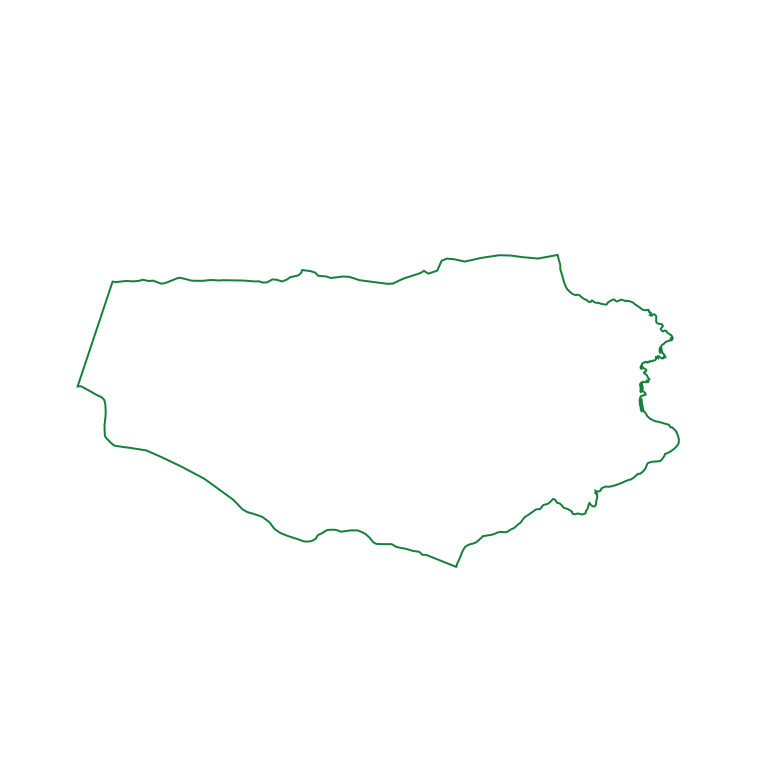 outline of Theodorine, Anse-la-Raye, Saint Lucia, rotated 158°
{"feature_id": "8701671B76033822027974", "entity_name": "Theodorine", "entity_type": "district", "adm_level": 2, "iso_a3": "LCA", "parent_name": "Saint Lucia", "parent_adm1": "Anse-la-Raye", "projection": "albers", "projection_center": [-61.054, 13.929], "detail": "fine", "context": "isolated", "style": "outline", "palette": "green", "viewbox_px": 768, "rotation_deg": 158, "n_neighbors": 0, "source": "geoboundaries", "source_scale": "gbopen_adm2", "svg_char_len": 6160}
<svg xmlns="http://www.w3.org/2000/svg" viewBox="0 0 768 768"><g transform="rotate(158 384 384)"><path d="M409.9,516.2L417.1,520.3L419.4,517.9L423.1,516.8L431.0,518.2L434.8,517.2L440.0,517.2L444.4,520.8L448.3,522.8L454.4,522.0L458.8,523.7L461.2,525.9L465.4,527.5L475.6,532.6L495.0,540.8L498.0,541.7L505.5,545.3L513.2,547.5L523.2,551.6L528.4,555.4L533.5,559.0L535.8,559.5L548.8,559.5L553.0,560.5L559.3,566.3L563.7,567.7L568.8,571.1L571.9,571.3L577.9,573.0L584.5,576.1L594.5,579.0L597.3,580.6L669.0,496.5L666.3,495.6L665.7,495.3L665.1,494.7L657.8,485.7L654.6,481.6L650.7,477.4L649.4,474.1L649.7,471.5L650.2,468.9L651.4,465.4L653.1,460.9L654.4,458.2L657.3,452.7L658.5,450.9L658.8,449.6L659.9,447.1L662.0,441.0L662.2,439.8L661.9,438.3L659.1,431.4L657.3,428.2L656.0,427.2L648.6,422.8L644.7,420.7L629.3,411.5L616.6,398.4L602.8,383.3L586.2,363.6L567.3,333.5L562.1,320.7L559.3,317.1L557.7,315.6L553.0,312.0L546.7,306.5L542.1,298.9L539.9,290.8L536.8,286.0L535.6,284.4L529.9,278.9L521.7,272.1L518.3,269.0L515.5,267.1L511.1,265.7L509.9,265.7L509.0,265.6L505.3,266.0L503.7,267.4L502.0,268.5L500.4,268.8L498.2,268.8L491.7,269.9L487.8,268.8L483.7,267.0L480.6,264.6L479.4,263.2L469.9,260.8L463.1,258.1L458.5,253.4L457.1,251.4L455.1,247.3L453.1,241.0L451.5,239.2L450.6,238.4L445.0,235.9L441.1,234.4L436.9,232.6L433.8,228.6L431.0,226.5L425.5,223.0L419.7,218.4L414.3,215.3L412.3,211.2L409.0,209.8L385.6,187.4L385.3,187.4L384.4,188.9L383.8,189.6L378.6,194.5L374.8,198.6L372.7,200.5L370.5,202.1L369.8,202.6L366.2,203.2L363.1,203.1L361.7,202.7L357.7,202.7L354.4,203.8L349.2,205.9L340.9,203.9L337.0,203.6L334.4,203.8L331.1,203.2L327.4,201.2L325.0,200.8L321.0,201.6L317.1,201.8L312.3,203.6L309.8,204.1L308.7,204.6L308.5,204.8L305.1,207.0L303.9,207.6L301.2,208.4L299.9,208.4L290.0,210.8L287.2,209.9L286.6,209.5L285.5,209.9L281.7,212.1L280.9,212.1L279.0,211.7L277.2,211.6L276.0,211.7L273.0,212.9L270.5,214.0L269.8,213.8L268.5,212.1L268.1,209.2L265.9,207.5L264.7,205.0L263.8,202.2L263.4,201.4L260.6,199.5L257.6,195.4L257.9,194.0L257.1,192.4L255.6,191.6L252.9,191.4L249.6,189.0L246.9,188.5L245.4,188.8L245.0,189.6L244.1,190.8L242.3,191.8L238.7,196.3L238.2,196.7L237.5,194.8L237.3,193.9L236.4,192.5L234.6,191.6L233.1,192.3L231.9,193.8L231.6,195.2L228.8,198.9L228.3,200.2L228.2,201.7L228.0,202.1L229.3,204.7L227.8,203.1L227.8,205.6L226.7,204.4L225.7,204.0L224.8,203.9L223.6,204.0L222.6,204.4L222.3,205.1L220.9,205.8L216.9,205.9L213.9,204.4L208.3,203.5L201.1,203.2L196.9,203.5L192.9,203.4L190.7,203.0L189.1,203.4L188.0,203.5L182.1,205.6L180.3,204.8L176.9,205.7L173.8,207.3L172.1,208.8L170.9,210.3L169.2,211.8L165.7,211.7L162.3,210.8L160.9,210.2L156.6,209.1L154.3,210.1L151.0,212.3L149.6,213.9L147.1,213.8L144.1,214.0L141.6,214.6L138.7,215.4L135.6,216.8L134.5,217.5L133.0,218.7L131.5,221.7L131.0,224.1L130.8,228.0L131.1,228.9L130.7,230.1L131.1,231.3L133.2,236.1L133.9,236.2L134.6,236.5L135.1,239.5L140.0,243.2L141.5,244.5L146.9,248.3L148.4,249.9L150.5,252.5L151.9,255.5L152.5,259.7L153.4,261.1L153.2,263.7L153.1,264.9L152.7,265.5L152.3,268.6L150.9,273.3L150.4,274.0L151.4,273.2L153.0,270.9L154.5,266.2L154.9,263.1L155.3,262.4L155.4,261.3L155.3,264.9L154.9,265.5L154.5,268.6L153.0,273.3L151.4,275.6L150.4,276.4L148.6,276.2L148.2,276.4L147.7,276.4L145.6,276.0L145.3,276.3L145.2,278.1L146.7,280.4L146.7,281.6L145.8,282.9L145.4,284.3L145.0,286.5L146.2,285.9L147.0,284.8L147.5,281.8L148.0,280.5L148.9,280.4L148.9,281.6L148.0,282.9L147.5,284.3L147.0,287.2L146.2,288.3L145.0,289.0L144.6,288.4L144.0,288.3L142.8,289.0L142.4,288.4L140.0,287.3L139.5,288.4L139.0,288.7L138.8,287.7L138.4,287.0L137.9,287.3L137.3,288.4L136.1,289.1L136.6,290.2L136.9,291.3L136.9,293.3L137.3,294.2L138.7,296.8L138.7,297.2L138.4,297.4L137.3,297.6L136.7,297.6L135.8,298.0L135.5,298.9L136.3,300.2L137.7,301.9L137.9,302.2L137.9,302.8L139.3,301.6L139.9,301.9L140.1,302.2L140.0,303.0L139.6,303.8L136.5,306.4L135.8,306.5L135.2,306.6L134.6,306.2L134.3,306.4L133.1,306.6L132.7,306.4L132.1,305.3L131.7,305.5L131.1,305.6L130.2,304.9L129.5,305.5L128.9,305.6L127.6,304.8L124.6,304.7L123.8,304.5L123.1,304.7L122.7,305.0L122.3,305.5L122.0,306.8L121.7,307.2L121.1,307.0L120.2,305.5L119.8,306.8L119.5,307.2L118.9,307.0L117.4,304.1L116.3,303.5L115.3,303.9L115.3,303.3L114.1,303.5L113.3,304.2L114.0,305.7L113.1,304.4L113.1,305.3L113.2,306.3L114.0,308.1L114.1,308.7L114.0,310.7L113.6,312.4L115.2,311.0L115.7,310.1L116.2,308.7L116.2,310.7L116.0,311.7L115.2,313.4L114.4,314.2L113.2,315.1L111.9,315.8L111.2,316.1L109.5,316.4L107.3,317.4L106.5,317.5L105.5,317.3L104.3,317.5L102.7,317.1L101.9,317.6L101.4,318.3L101.0,317.0L100.5,317.1L99.7,317.6L99.3,318.3L99.5,319.3L99.0,319.4L99.5,321.7L99.9,322.2L102.4,326.2L102.3,327.3L102.7,327.8L103.4,328.3L104.1,328.6L105.2,328.1L106.1,328.8L106.5,329.6L106.9,331.3L106.7,331.6L103.9,333.1L103.7,333.5L103.7,334.1L103.9,335.2L105.9,336.6L107.4,337.4L108.2,338.8L108.2,340.0L108.1,340.4L106.3,344.4L106.4,345.7L107.1,347.2L107.4,347.4L108.2,347.7L108.9,347.6L109.9,347.2L110.4,347.2L111.0,347.4L111.2,347.8L110.7,348.5L111.2,348.7L110.1,349.3L109.8,349.7L110.1,350.6L111.2,351.2L111.3,352.2L110.8,353.2L111.0,353.6L111.8,354.0L113.5,354.3L114.3,354.6L116.1,355.8L116.8,356.7L118.7,359.9L121.3,363.6L121.9,364.9L123.0,366.7L125.7,369.1L126.9,369.7L127.8,370.4L128.8,370.2L131.5,372.7L132.3,373.2L132.9,373.4L133.7,373.4L135.6,373.2L137.0,373.2L137.9,374.1L138.8,376.0L139.4,376.4L140.7,376.5L145.8,375.8L147.5,374.4L148.8,374.6L151.1,376.0L152.8,377.1L153.5,377.8L154.6,378.7L157.3,380.1L157.8,380.6L158.5,381.3L159.3,383.1L159.7,383.4L160.0,383.6L160.9,383.2L161.2,382.8L161.6,382.8L163.2,383.3L163.6,383.7L164.8,386.1L166.5,387.8L168.1,390.1L169.1,392.4L170.2,393.7L171.2,394.4L172.2,394.4L173.0,394.6L174.2,395.6L175.9,397.4L178.5,403.0L179.0,405.4L178.9,411.2L178.1,418.2L177.6,423.7L177.3,425.2L176.2,427.5L175.7,430.4L175.5,433.0L174.7,438.6L194.4,442.7L208.0,449.7L218.3,455.6L229.1,460.3L246.2,464.4L263.3,467.3L271.9,473.2L278.7,476.7L284.4,476.7L292.2,469.2L301.5,469.7L304.6,474.0L308.4,473.2L325.5,474.4L327.7,474.4L338.0,473.8L343.1,475.5L367.6,489.3L376.0,496.3L381.4,498.9L393.8,502.3L397.0,505.2L404.5,509.0L406.1,513.1L409.9,516.2Z" fill="none" stroke="#15803d" stroke-width="2"/></g></svg>